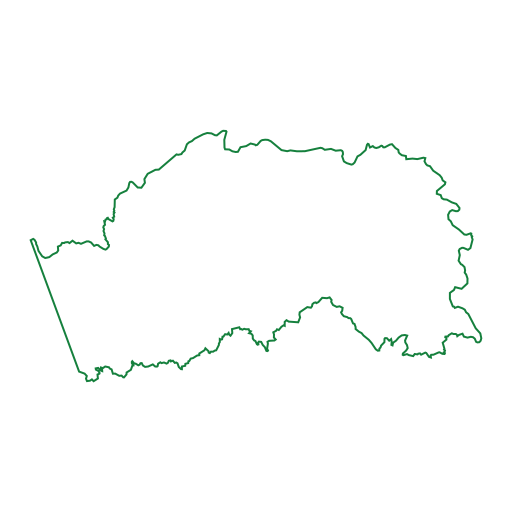 the district of Yavaraté (Cor. Departamental), Vaupés, Colombia
{"feature_id": "7082276B57930571389360", "entity_name": "Yavaraté (Cor. Departamental)", "entity_type": "district", "adm_level": 2, "iso_a3": "COL", "parent_name": "Colombia", "parent_adm1": "Vaupés", "projection": "mercator", "projection_center": [-69.777, 0.831], "detail": "fine", "context": "isolated", "style": "outline", "palette": "green", "viewbox_px": 512, "rotation_deg": 0, "n_neighbors": 0, "source": "geoboundaries", "source_scale": "gbopen_adm2", "svg_char_len": 6079}
<svg xmlns="http://www.w3.org/2000/svg" viewBox="0 0 512 512"><path d="M79.1,371.6L84.6,373.6L86.8,376.0L86.0,378.7L87.0,381.1L90.0,380.7L91.9,379.4L93.6,381.2L97.9,378.5L97.5,374.5L99.4,373.7L99.6,373.1L98.5,371.0L95.9,369.6L95.7,368.4L98.2,367.9L100.7,370.5L102.2,371.1L102.1,369.4L100.9,369.2L101.0,367.5L102.9,368.1L105.2,366.5L109.0,367.3L109.7,368.5L111.6,369.4L112.9,373.7L115.2,373.6L119.2,375.8L121.6,375.6L123.2,377.3L124.0,377.4L126.5,374.4L126.6,372.5L130.9,369.8L132.3,365.8L133.3,365.5L131.9,363.3L131.8,361.9L132.3,361.2L134.5,363.7L135.6,363.6L138.3,365.3L139.6,364.7L140.5,363.2L141.7,363.1L142.9,365.5L145.1,366.9L148.2,366.5L152.8,364.4L155.2,366.5L157.0,366.6L157.6,366.2L158.1,363.7L160.3,362.3L161.5,363.1L164.0,362.5L166.6,363.6L167.9,362.8L168.8,360.8L170.5,360.4L170.9,361.4L172.9,360.7L174.8,362.9L176.2,362.5L177.5,363.3L178.8,367.0L181.0,369.1L181.9,369.2L181.9,366.5L185.2,365.8L185.4,363.8L188.2,363.1L188.4,361.3L189.3,361.0L190.7,358.6L193.0,358.1L197.1,355.5L199.3,355.2L199.3,353.5L204.4,350.3L205.4,348.3L208.5,351.2L208.7,352.6L209.8,353.1L210.9,351.7L213.1,351.7L214.7,350.6L216.2,350.3L218.9,344.9L218.9,343.5L219.8,342.1L219.8,339.0L221.1,339.6L222.1,339.3L222.5,336.7L223.4,336.6L225.1,334.2L227.3,334.5L228.6,332.9L229.2,334.6L230.5,335.7L232.3,333.1L232.0,329.1L239.3,327.3L240.2,329.2L241.1,329.0L242.3,329.7L244.2,328.8L245.9,329.3L248.7,329.2L249.3,330.8L250.8,331.3L249.1,333.2L251.4,333.8L252.7,335.4L252.8,338.6L254.1,340.4L255.4,341.0L256.9,344.2L257.6,344.7L258.4,344.4L258.2,342.5L258.9,341.6L261.2,341.9L262.7,344.9L264.8,347.1L266.4,350.9L267.3,351.1L268.0,350.6L267.1,348.6L267.9,343.7L267.5,341.8L269.2,340.8L274.4,340.5L275.7,339.5L273.9,337.5L274.0,334.4L273.3,332.3L276.1,330.8L277.0,329.3L278.8,330.0L281.4,326.8L283.6,325.3L284.7,325.8L284.7,321.9L286.5,320.2L288.7,321.6L298.2,322.3L300.1,317.4L299.4,314.7L299.7,312.3L307.3,307.1L310.9,307.7L312.0,306.3L312.4,304.2L314.0,302.8L315.7,302.4L316.4,303.1L318.4,302.1L322.2,297.8L327.0,298.2L329.6,297.4L331.6,300.0L331.2,301.8L333.0,305.0L336.7,306.9L339.6,306.3L342.6,307.8L342.2,310.8L341.1,312.3L341.9,314.0L343.8,316.2L347.2,317.1L348.5,318.1L350.3,318.2L351.2,319.0L353.0,323.4L354.5,323.9L355.6,327.0L355.6,329.0L358.8,331.6L361.6,333.1L363.5,335.5L368.8,339.8L371.6,343.0L375.8,349.3L377.8,350.7L379.3,350.5L379.4,348.6L380.5,347.5L381.1,345.6L384.4,342.2L384.5,338.8L385.1,338.1L386.9,338.2L389.2,340.7L391.1,339.1L391.7,342.0L391.4,344.9L392.5,345.4L393.1,342.7L396.0,340.7L398.6,337.6L401.7,335.4L404.9,335.0L407.2,335.6L405.1,340.4L405.3,342.4L407.0,345.1L407.7,348.1L406.1,350.6L402.9,353.5L402.7,354.8L403.3,355.2L407.0,354.1L408.8,355.1L413.2,356.1L414.7,354.0L417.5,354.4L418.2,353.7L420.0,353.4L421.1,354.7L425.3,352.6L426.3,353.0L429.0,356.9L430.9,357.5L430.6,355.5L431.2,354.8L433.5,354.7L438.7,352.4L439.6,352.3L442.3,353.8L444.5,354.0L444.9,353.2L443.9,352.3L444.6,351.8L445.0,350.4L444.0,349.6L444.4,348.7L442.7,342.7L446.4,339.6L446.4,337.7L445.3,337.3L445.4,336.6L448.0,336.4L448.7,335.2L451.8,333.3L453.4,334.0L455.8,334.0L456.9,334.8L457.3,336.2L459.0,334.9L462.5,333.7L463.9,336.6L467.5,337.6L470.8,336.8L473.0,337.2L474.8,338.7L476.1,341.8L477.4,342.4L479.3,342.2L480.6,340.8L481.3,338.3L480.3,333.4L475.7,328.3L468.3,314.0L466.1,312.3L464.8,309.7L462.5,308.3L458.0,306.7L454.8,307.9L454.1,306.7L452.8,306.4L449.9,299.0L449.9,292.9L454.0,289.9L455.1,287.2L461.6,288.8L467.4,283.4L467.5,278.5L466.2,274.6L464.7,272.6L465.1,270.4L464.5,267.1L462.2,264.8L460.9,264.2L458.6,260.7L459.8,255.1L458.8,250.7L459.7,249.0L462.1,247.8L463.5,247.9L468.0,249.8L470.4,248.1L472.6,239.5L471.7,236.9L472.2,236.3L471.2,235.2L471.3,233.6L470.7,233.3L466.5,234.8L464.3,234.5L458.9,229.5L452.7,225.2L450.8,221.3L448.5,219.2L448.1,214.8L449.8,211.5L452.2,210.1L455.9,211.2L457.8,211.1L459.3,209.7L459.5,208.0L456.3,203.9L451.9,202.4L446.8,199.6L443.7,199.3L441.8,198.2L440.7,195.1L436.8,193.8L436.9,191.0L444.9,184.3L445.4,182.3L442.7,180.4L441.7,177.7L439.7,175.2L433.2,170.7L430.0,166.2L427.3,165.4L426.0,164.1L424.5,161.3L425.3,158.1L423.4,157.7L417.4,159.1L412.5,158.6L406.3,159.2L405.9,156.0L401.8,155.2L399.5,153.4L398.7,152.4L398.3,149.9L395.4,148.0L392.0,144.2L389.9,144.6L384.8,147.3L383.3,147.3L382.3,146.0L381.3,145.7L378.8,147.3L376.3,148.0L374.4,147.5L372.8,146.1L370.0,147.5L368.6,144.1L367.8,143.8L367.0,144.8L365.6,150.1L360.4,154.8L357.5,156.4L354.6,162.5L352.8,164.2L351.4,164.6L346.7,163.1L343.9,161.4L342.1,156.2L343.0,154.2L342.8,152.0L342.2,150.9L340.8,150.2L335.7,150.7L331.0,148.9L324.8,149.8L322.3,148.2L320.5,147.8L304.9,151.2L297.1,151.3L290.4,150.4L287.2,151.2L281.5,150.1L270.9,141.3L268.0,139.9L265.2,139.7L262.2,140.1L260.7,140.9L257.3,144.8L255.7,145.3L255.0,144.6L250.6,143.5L246.2,146.1L240.5,147.2L237.9,151.8L235.7,152.0L232.4,151.3L229.3,149.5L225.1,149.3L224.5,147.6L224.3,139.8L226.5,131.7L226.0,131.0L223.2,130.8L221.5,131.6L216.8,135.4L215.0,135.2L211.5,133.4L207.2,133.0L203.2,134.3L194.6,138.7L191.9,141.1L189.0,142.4L186.9,144.3L184.7,150.5L182.4,152.5L181.4,154.1L178.2,154.8L176.5,154.4L158.8,169.6L155.4,169.8L147.7,173.8L144.4,179.1L144.9,182.8L141.4,187.7L137.7,187.5L132.8,182.5L131.5,181.8L130.1,181.9L129.3,183.1L128.4,187.5L126.5,190.6L120.0,193.6L118.2,195.6L117.4,197.7L114.8,199.5L114.6,207.2L113.8,209.3L114.3,210.6L113.7,211.9L114.5,212.5L113.6,214.1L114.2,216.7L112.8,217.7L113.7,219.1L113.3,220.9L112.5,221.4L108.5,219.1L107.8,217.8L106.9,218.2L106.6,219.3L105.5,219.6L105.0,221.6L104.3,221.4L105.0,224.8L103.7,226.0L103.3,227.4L104.1,229.1L103.5,231.0L104.5,233.4L104.2,235.4L104.9,235.9L105.9,238.5L105.4,239.3L107.9,242.2L107.9,244.1L109.0,245.0L108.8,246.6L106.5,249.1L105.5,249.6L103.4,248.9L99.5,246.5L98.4,245.3L96.4,244.9L94.1,245.9L91.1,242.5L88.6,241.4L86.7,241.4L81.0,243.8L78.5,242.8L76.2,243.4L72.5,240.7L69.5,243.1L67.9,242.1L65.1,242.4L64.2,243.0L62.1,242.9L60.7,245.4L57.9,246.6L58.2,250.5L56.8,252.5L52.7,254.4L49.3,257.1L45.2,258.0L42.2,256.3L38.5,250.9L37.3,246.4L36.1,244.0L36.1,242.5L34.5,239.8L33.2,238.9L30.7,240.2L79.1,371.6Z" fill="none" stroke="#15803d" stroke-width="2"/></svg>